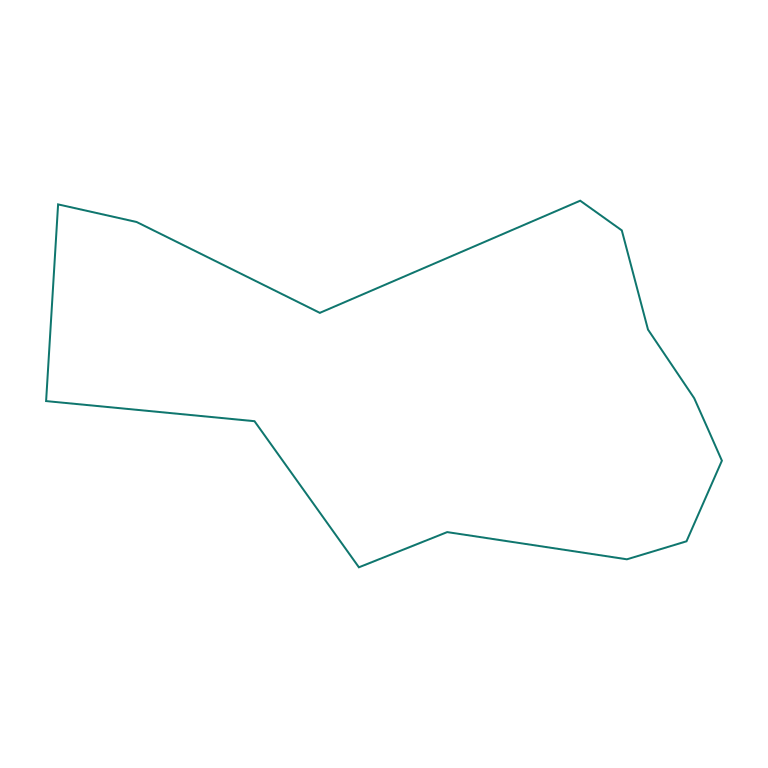 outline of Al Manāmah
{"feature_id": "BHR-4929", "entity_name": "Al Manāmah", "entity_type": "Governorate", "adm_level": 1, "iso_a3": "BHR", "parent_name": "Bahrain", "parent_adm1": "", "projection": "natural_earth1", "projection_center": [50.561, 26.218], "detail": "fine", "context": "isolated", "style": "outline", "palette": "teal", "viewbox_px": 768, "rotation_deg": 0, "n_neighbors": 0, "source": "natural_earth", "source_scale": "10m", "svg_char_len": 340}
<svg xmlns="http://www.w3.org/2000/svg" viewBox="0 0 768 768"><path d="M58.1,204.4L136.6,222.0L237.7,272.1L319.9,312.9L320.4,312.6L580.2,200.7L621.8,230.4L648.0,329.6L694.2,398.2L708.1,429.4L721.9,460.7L686.5,541.3L626.9,559.3L447.2,532.1L358.9,567.3L254.5,421.2L46.1,401.1L58.1,204.4Z" fill="none" stroke="#0f766e" stroke-width="2"/></svg>